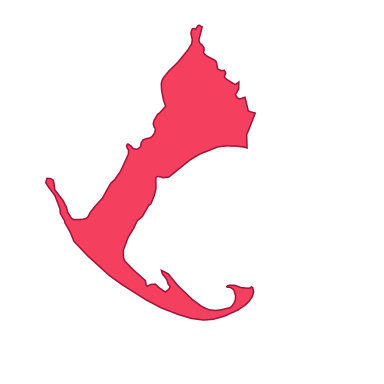 Barnstable, Massachusetts, United States of America (orthographic projection), rotated 137°
{"feature_id": "52423323B82031073374827", "entity_name": "Barnstable", "entity_type": "district", "adm_level": 2, "iso_a3": "USA", "parent_name": "United States of America", "parent_adm1": "Massachusetts", "projection": "orthographic", "projection_center": [-70.291, 41.798], "detail": "fine", "context": "isolated", "style": "filled", "palette": "rose", "viewbox_px": 384, "rotation_deg": 137, "n_neighbors": 0, "source": "geoboundaries", "source_scale": "gbopen_adm2", "svg_char_len": 2403}
<svg xmlns="http://www.w3.org/2000/svg" viewBox="0 0 384 384"><g transform="rotate(137 192 192)"><path d="M79.9,311.0L81.7,310.7L84.7,308.7L88.0,303.1L91.2,300.6L98.2,298.7L105.2,297.7L114.4,296.5L114.7,296.5L122.9,296.3L123.2,296.3L124.4,296.3L126.1,296.3L135.2,295.0L137.6,294.1L140.5,292.3L145.2,286.7L148.7,281.0L150.3,278.4L152.8,272.7L161.8,271.9L164.3,272.3L171.0,270.2L173.9,268.3L175.5,265.1L175.5,263.8L176.9,262.0L179.6,260.5L183.9,259.8L186.4,260.5L189.0,262.2L192.1,263.5L195.6,262.6L198.7,260.3L201.6,260.3L203.7,261.2L205.4,264.2L205.3,267.6L205.9,270.4L206.6,271.1L208.4,270.4L209.7,267.6L209.5,266.3L212.7,263.1L216.0,261.7L229.9,256.0L240.0,253.8L245.6,253.8L252.8,251.5L261.7,248.6L272.3,247.7L280.4,246.5L285.2,244.7L287.4,244.9L290.8,246.7L297.2,252.3L298.1,255.1L296.7,261.9L294.2,266.6L292.2,273.4L290.8,287.3L287.1,292.4L285.5,295.4L286.3,298.3L288.8,300.9L292.6,298.5L293.5,293.8L294.7,282.9L300.0,269.8L302.9,266.3L304.9,257.7L306.1,255.8L308.6,245.2L312.0,236.4L311.8,215.6L309.4,187.1L306.4,172.1L299.1,144.3L293.6,128.4L285.5,111.6L278.7,99.9L270.9,90.5L263.4,84.5L253.0,79.1L239.3,74.5L230.2,73.0L224.7,73.2L218.9,74.5L215.0,76.9L212.8,80.8L213.3,82.1L214.8,82.1L216.5,83.3L221.1,88.3L224.4,94.6L227.9,98.1L229.7,99.1L231.0,99.1L231.2,98.5L229.0,95.9L228.3,93.1L228.6,90.9L231.0,86.3L233.6,83.8L236.3,82.4L240.7,81.3L243.0,81.5L250.8,85.8L255.5,89.2L259.4,93.7L261.2,97.0L263.1,102.4L265.1,113.5L266.2,133.1L265.2,148.4L267.8,155.6L269.5,152.4L270.2,145.1L272.4,140.5L272.3,137.8L275.2,136.7L279.7,137.0L281.3,144.3L281.7,149.7L285.5,152.7L288.4,153.3L289.3,154.7L286.5,159.0L288.0,174.8L288.2,187.5L286.8,190.8L281.7,196.4L279.1,197.7L269.4,202.5L259.5,205.2L251.4,208.4L245.3,207.9L232.6,211.8L230.4,211.3L222.0,215.1L216.1,219.0L208.5,227.3L207.1,227.2L204.4,224.2L204.0,223.2L203.5,222.2L198.6,218.7L172.2,216.9L169.7,216.4L160.6,214.5L142.2,207.3L135.2,202.1L127.9,194.9L123.1,189.1L121.7,186.6L112.9,196.7L108.0,198.8L91.9,206.6L94.0,209.8L95.5,213.0L88.6,225.2L93.7,227.5L94.6,229.8L94.0,233.5L87.6,235.5L82.7,240.5L86.5,240.9L87.4,241.9L89.7,250.3L90.1,251.9L89.8,254.1L86.1,256.2L85.4,258.9L87.7,260.7L89.3,264.5L85.5,270.5L85.4,272.6L88.6,281.9L88.9,284.3L88.4,286.3L86.5,287.4L84.9,289.3L84.4,292.6L84.7,295.7L83.3,298.5L72.0,305.8L73.0,309.1L74.0,309.6L76.2,309.2L78.3,308.5L79.0,310.0L79.9,311.0Z" fill="#f43f5e" stroke="#9f1239" stroke-width="1.5"/></g></svg>